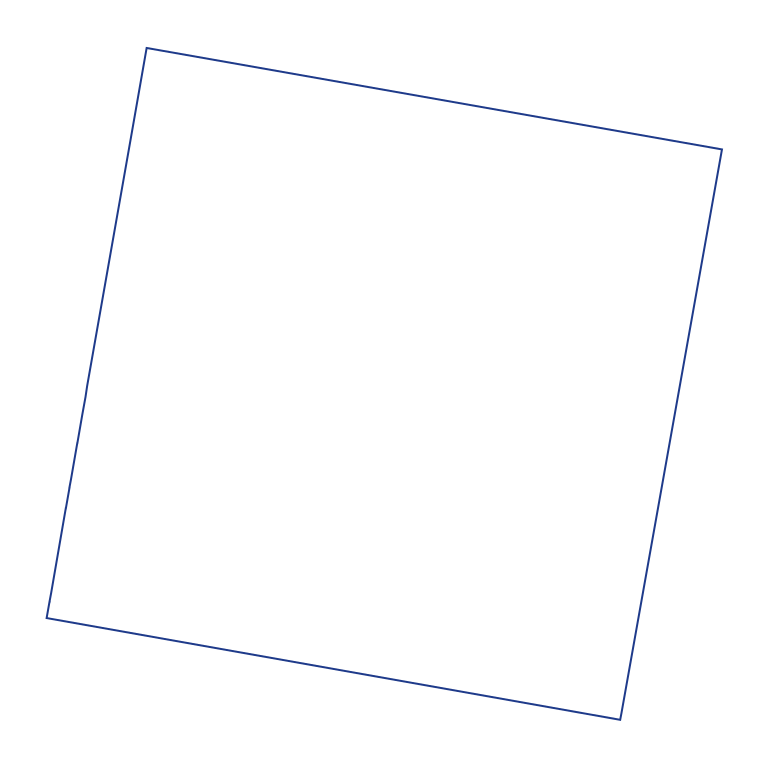 Lipscomb, Texas, United States of America, rotated 280°
{"feature_id": "52423323B40527291934066", "entity_name": "Lipscomb", "entity_type": "district", "adm_level": 2, "iso_a3": "USA", "parent_name": "United States of America", "parent_adm1": "Texas", "projection": "mercator", "projection_center": [-100.37, 36.278], "detail": "fine", "context": "isolated", "style": "outline", "palette": "blue", "viewbox_px": 768, "rotation_deg": 280, "n_neighbors": 0, "source": "geoboundaries", "source_scale": "gbopen_adm2", "svg_char_len": 474}
<svg xmlns="http://www.w3.org/2000/svg" viewBox="0 0 768 768"><g transform="rotate(280 384 384)"><path d="M94.9,92.4L94.3,674.9L101.2,675.0L673.7,676.1L673.7,91.9L670.1,91.9L578.6,92.0L481.9,92.0L344.7,92.0L344.3,92.0L344.0,92.0L330.4,92.0L319.4,92.3L301.0,92.2L272.6,92.3L272.6,92.2L235.5,92.3L227.3,92.2L227.3,92.3L213.9,92.3L206.4,92.3L206.4,92.2L120.3,92.5L111.7,92.4L111.5,92.6L110.8,92.5L110.8,92.4L94.9,92.4Z" fill="none" stroke="#1e3a8a" stroke-width="2"/></g></svg>